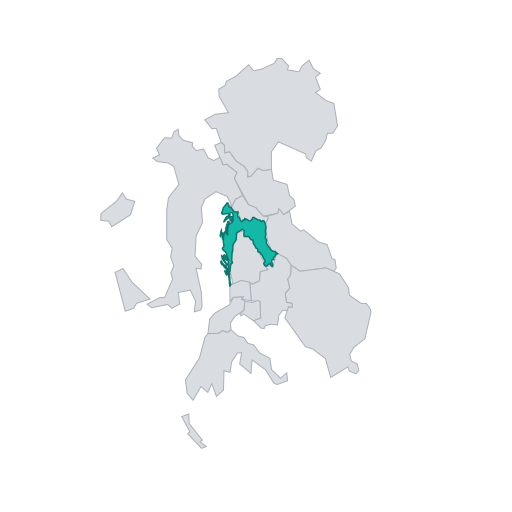 map of Croatia with Austria, Hungary, Romania and 9 others greyed out, rotated 51°
{"feature_id": "HRV", "entity_name": "Croatia", "entity_type": "country or territory", "adm_level": 0, "iso_a3": "HRV", "parent_name": "Europe", "parent_adm1": "", "projection": "robinson", "projection_center": [16.337, 44.484], "detail": "fine", "context": "with_neighbors", "style": "filled", "palette": "teal", "viewbox_px": 512, "rotation_deg": 51, "n_neighbors": 12, "source": "natural_earth", "source_scale": "50m", "svg_char_len": 9720}
<svg xmlns="http://www.w3.org/2000/svg" viewBox="0 0 512 512"><g transform="rotate(51 256 256)"><path d="M242.0,194.1L241.3,208.5L233.9,208.5L236.5,212.1L229.6,225.4L218.1,225.8L211.5,229.5L181.9,224.0L179.1,218.3L166.0,221.2L164.4,224.3L144.0,218.5L145.8,211.6L149.7,210.7L156.2,215.3L158.2,210.9L169.7,211.6L179.1,208.7L185.4,209.2L189.4,212.6L190.7,209.8L189.0,199.1L193.7,197.0L198.4,189.5L208.0,194.8L219.9,186.8L229.9,191.8L236.0,191.0L242.0,194.1Z" fill="#d9dde1" stroke="#a8b0b8" stroke-width="1"/><path d="M308.6,196.9L316.0,201.4L317.0,205.8L309.2,209.2L295.6,231.4L285.1,234.5L276.9,233.8L261.9,240.5L251.0,237.4L236.9,228.3L234.3,222.8L232.1,222.6L236.5,212.1L233.9,208.5L241.3,208.5L242.3,201.8L253.7,207.8L264.7,205.8L265.7,202.5L284.6,198.5L291.8,193.6L305.9,198.6L308.6,196.9Z" fill="#d9dde1" stroke="#a8b0b8" stroke-width="1"/><path d="M391.4,245.0L397.5,248.0L403.6,245.3L409.8,248.2L410.4,252.4L404.2,255.9L400.0,254.4L397.4,274.4L379.4,266.6L363.9,270.5L357.4,274.7L322.3,272.5L315.7,262.8L318.7,260.0L315.4,257.9L311.3,261.6L303.4,256.8L302.2,250.0L294.0,246.1L292.4,240.9L285.1,234.5L295.6,231.4L309.2,209.2L322.5,202.3L339.0,204.1L345.2,208.1L359.1,204.1L362.2,200.2L367.7,200.2L371.8,201.8L388.7,223.3L388.6,237.5L391.4,245.0Z" fill="#d9dde1" stroke="#a8b0b8" stroke-width="1"/><path d="M206.2,110.8L209.0,119.0L205.5,123.3L210.0,129.0L213.0,137.6L211.9,143.1L217.1,153.3L211.4,155.0L208.0,153.2L181.3,166.8L184.7,178.5L198.4,189.5L193.7,197.0L189.0,199.1L190.7,209.8L189.4,212.6L185.4,209.2L179.1,208.7L169.7,211.6L158.2,210.9L156.2,215.3L149.7,210.7L145.8,211.6L132.0,206.6L129.1,210.2L118.0,210.1L120.2,198.4L127.3,187.2L108.8,184.2L102.9,179.9L104.0,172.7L101.6,169.0L103.7,158.2L102.7,141.4L110.3,141.4L113.8,135.3L117.8,120.6L115.8,115.2L118.4,111.8L128.9,111.0L131.1,114.5L139.9,106.6L137.3,100.6L137.2,91.5L146.5,93.6L154.5,91.1L154.5,97.3L166.9,101.1L166.6,106.8L179.3,103.8L186.4,99.4L206.2,110.8Z" fill="#d9dde1" stroke="#a8b0b8" stroke-width="1"/><path d="M372.8,414.5L371.2,419.4L351.1,420.9L351.2,418.1L334.1,414.8L336.5,407.7L344.2,413.4L365.5,413.6L365.2,416.5L372.8,414.5ZM323.6,313.7L333.6,314.2L344.3,309.6L354.1,315.4L366.4,313.9L366.1,305.6L372.9,310.0L369.2,320.4L366.1,322.2L350.6,320.2L334.3,324.5L344.1,333.8L329.6,336.6L322.1,328.0L319.7,331.6L323.0,341.6L330.0,349.4L325.0,353.1L339.8,365.7L340.2,375.1L327.4,370.7L331.7,379.2L322.9,381.0L328.5,395.7L319.3,395.9L307.8,388.7L299.7,364.2L287.1,346.9L286.1,342.2L292.3,334.1L293.0,328.7L297.4,326.3L297.6,321.9L306.4,320.5L311.5,316.8L318.9,317.2L323.6,313.7Z" fill="#d9dde1" stroke="#a8b0b8" stroke-width="1"/><path d="M297.6,321.9L297.4,326.3L293.0,328.7L292.3,334.1L286.1,342.2L275.8,331.7L274.5,323.8L277.2,307.4L273.9,299.5L279.7,291.3L280.6,294.4L284.2,293.0L290.4,299.1L289.8,310.8L291.9,317.9L297.6,321.9Z" fill="#d9dde1" stroke="#a8b0b8" stroke-width="1"/><path d="M156.5,222.0L164.4,224.3L166.0,221.2L179.1,218.3L181.9,224.0L200.6,228.3L199.1,236.3L202.2,243.3L191.7,240.9L180.8,246.7L179.6,259.6L183.9,268.0L196.3,276.4L202.9,290.1L217.8,303.5L228.4,303.4L231.6,307.0L227.8,310.3L250.0,321.4L261.7,330.0L263.1,333.1L260.6,339.1L253.0,331.3L241.2,328.6L235.4,339.3L245.3,345.5L243.7,354.3L238.0,355.2L230.6,369.6L224.9,370.9L227.8,356.8L230.8,353.2L221.3,335.1L215.6,333.0L211.7,325.9L202.9,322.9L197.1,316.2L187.1,315.1L164.5,296.8L155.6,287.3L151.9,270.9L134.6,263.5L128.4,265.7L120.4,273.4L114.8,274.6L116.6,267.4L109.5,265.3L106.6,252.5L111.4,247.5L107.8,241.4L108.6,236.7L114.1,240.2L120.5,239.5L128.2,233.9L130.3,236.5L136.6,236.0L139.7,229.4L149.4,231.4L155.3,228.7L156.5,222.0ZM198.1,368.8L222.7,365.5L217.6,378.6L219.7,383.8L216.7,392.4L180.0,375.8L182.0,367.2L198.1,368.8ZM130.2,321.0L137.2,315.8L145.0,327.6L142.5,349.7L136.3,348.6L130.5,354.2L125.5,349.8L125.6,329.6L122.8,320.1L130.2,321.0Z" fill="#d9dde1" stroke="#a8b0b8" stroke-width="1"/><path d="M200.6,228.3L211.5,229.5L218.1,225.8L229.6,225.4L232.1,222.6L234.3,222.8L236.9,228.3L226.4,232.7L225.1,239.3L220.5,241.0L220.5,245.6L210.9,242.6L208.4,245.3L199.2,244.8L202.2,243.3L199.1,236.3L200.6,228.3Z" fill="#d9dde1" stroke="#a8b0b8" stroke-width="1"/><path d="M263.8,291.9L251.9,285.7L235.5,268.9L226.1,256.0L228.9,249.1L233.7,252.9L236.5,249.5L242.7,249.1L274.2,255.2L271.0,262.5L277.5,268.9L275.6,276.7L265.7,282.8L263.8,291.9Z" fill="#d9dde1" stroke="#a8b0b8" stroke-width="1"/><path d="M266.8,238.1L276.9,233.8L285.1,234.5L292.4,240.9L294.0,246.1L302.2,250.0L303.4,256.8L311.3,261.6L315.4,257.9L318.7,260.0L315.7,262.8L318.2,265.7L315.0,269.4L316.4,275.5L323.1,282.6L318.1,287.8L316.0,293.1L317.5,295.1L315.4,297.4L304.6,298.7L307.1,291.4L294.0,281.6L286.6,289.2L287.7,287.8L272.5,277.4L275.6,276.7L277.5,268.9L271.0,262.5L274.2,255.2L269.4,255.3L274.4,249.1L266.8,238.1Z" fill="#d9dde1" stroke="#a8b0b8" stroke-width="1"/><path d="M287.7,287.8L280.6,294.4L279.7,291.3L273.9,299.5L274.9,304.8L262.4,294.8L265.7,282.8L272.5,277.4L287.7,287.8Z" fill="#d9dde1" stroke="#a8b0b8" stroke-width="1"/><path d="M291.4,305.1L290.4,299.1L284.2,293.0L289.8,288.1L291.6,282.5L294.0,281.6L307.1,291.4L304.6,298.7L293.7,301.9L293.1,305.3L291.4,305.1Z" fill="#d9dde1" stroke="#a8b0b8" stroke-width="1"/><path d="M197.4,244.5L197.9,245.2L201.3,245.9L202.1,245.6L202.6,245.1L202.6,244.7L202.9,244.6L204.1,245.1L205.1,245.0L206.7,245.0L207.9,245.1L208.6,244.7L209.7,243.2L210.1,242.4L210.5,242.2L210.8,242.3L211.0,243.0L211.6,243.6L212.7,244.6L213.5,245.1L214.2,245.3L214.9,244.9L215.6,244.8L217.7,245.6L219.4,245.7L220.7,245.3L220.5,244.7L220.1,244.1L220.0,243.5L220.1,242.9L220.9,242.4L220.9,242.2L219.8,241.2L222.2,239.9L224.5,239.3L224.9,238.8L225.1,238.2L225.2,236.9L225.1,235.8L224.1,234.8L224.1,234.3L224.3,233.8L224.7,233.3L225.6,233.1L226.6,232.8L227.5,232.4L228.6,232.0L229.5,231.6L230.3,230.5L230.9,230.3L232.5,230.5L232.8,230.2L232.6,228.7L232.9,228.3L233.4,228.1L233.7,227.8L235.1,228.0L236.3,228.4L237.0,228.6L239.3,229.8L240.9,231.0L241.8,232.4L243.1,233.5L244.6,234.3L245.8,235.3L246.8,236.7L248.0,237.4L249.6,237.5L250.7,238.0L251.1,238.7L252.0,239.4L253.3,240.0L255.4,240.3L259.4,240.4L259.7,240.4L260.6,240.6L261.7,240.4L262.9,239.9L263.3,239.6L264.7,238.1L265.4,238.2L266.9,238.0L267.7,237.7L267.8,237.7L267.8,238.1L267.7,238.8L267.0,239.3L267.7,240.4L268.4,242.2L268.1,243.1L268.5,243.8L269.9,244.3L270.0,244.5L269.6,244.7L269.3,245.3L269.2,246.4L270.4,247.4L272.8,248.4L273.6,248.6L273.9,248.9L274.3,249.2L274.5,249.5L274.6,249.9L274.4,250.1L273.3,250.2L272.0,250.2L271.0,249.7L271.0,250.1L271.0,250.5L270.1,250.7L270.6,253.4L270.4,254.2L270.1,254.4L269.8,254.3L269.4,254.3L269.2,254.6L269.4,255.1L268.5,255.2L267.1,254.9L266.5,254.4L266.4,253.8L266.3,253.3L265.9,252.5L264.8,251.7L262.5,251.6L261.6,251.3L260.7,251.0L259.8,250.8L258.9,250.8L257.8,251.0L255.9,250.6L255.3,251.1L254.3,251.7L253.5,251.7L251.9,250.4L251.4,250.3L250.0,251.0L249.4,251.0L248.9,250.8L247.0,250.3L246.1,250.2L245.5,250.4L244.4,250.1L241.6,248.4L239.9,249.7L236.5,249.4L235.4,250.3L234.3,252.0L233.3,252.8L232.5,252.5L231.5,251.8L229.8,249.9L228.9,249.5L227.9,249.4L227.1,249.6L226.6,250.0L226.3,252.8L225.9,255.3L225.9,256.8L227.8,258.2L230.1,260.6L230.8,260.9L231.1,261.7L231.7,263.7L232.3,266.0L233.4,267.5L234.4,268.6L235.7,269.5L237.3,271.0L238.6,272.6L238.9,273.2L241.5,275.4L243.9,277.6L246.1,278.3L246.5,278.7L246.5,280.4L246.7,281.1L248.2,282.8L251.2,285.4L251.5,286.0L251.6,286.5L251.5,286.8L250.7,287.2L250.0,286.8L247.2,284.2L244.5,282.6L241.5,279.6L237.4,278.4L234.7,277.1L233.0,277.3L231.1,277.7L230.0,277.8L229.2,277.5L228.6,276.7L228.7,276.1L228.6,275.2L227.0,273.9L224.8,272.7L222.7,271.1L218.5,266.7L217.7,265.3L218.5,265.0L219.2,265.0L219.9,264.8L221.0,264.8L222.4,265.0L221.2,264.1L219.7,263.2L215.9,259.5L214.7,257.8L214.6,256.0L214.9,253.4L214.2,251.6L211.3,249.3L210.2,248.1L208.0,247.4L207.1,247.4L206.5,248.3L206.0,250.3L204.1,253.0L203.4,254.2L202.4,255.7L201.5,255.8L201.0,255.7L199.4,253.1L198.0,251.2L197.8,250.3L197.6,249.2L196.6,245.1L197.4,244.5ZM262.2,293.4L262.2,294.1L262.7,294.7L263.3,295.5L260.8,294.0L258.4,292.2L253.9,289.5L250.7,288.8L246.3,286.7L243.4,285.9L244.5,285.7L245.8,285.7L252.5,288.6L251.8,287.8L252.8,287.5L253.6,287.8L254.1,288.7L255.2,289.3L256.9,290.4L257.9,291.3L260.4,292.8L261.0,293.0L262.2,293.4ZM209.3,258.6L209.2,259.2L208.4,258.4L208.0,257.0L207.0,254.6L206.9,253.9L207.4,253.3L207.4,252.6L206.7,250.6L207.3,250.3L207.6,250.2L207.8,251.6L208.1,252.4L209.1,253.5L208.9,255.1L209.0,257.5L209.2,258.0L209.3,258.6ZM213.6,253.3L212.0,253.7L211.2,253.1L211.0,252.5L209.7,252.4L208.9,251.7L208.7,251.3L209.9,250.6L210.5,249.3L211.3,250.0L212.2,251.5L212.7,251.9L213.6,253.3ZM239.9,281.6L237.8,281.7L236.0,281.4L235.1,280.9L235.1,280.4L235.4,279.7L237.4,279.8L240.6,280.3L241.3,280.9L241.1,281.2L239.9,281.6ZM245.4,284.1L244.5,284.2L238.5,284.1L236.8,283.8L234.8,282.9L234.4,282.6L236.4,282.3L238.2,282.6L238.7,283.2L243.6,283.8L245.4,284.1ZM218.6,264.0L218.2,264.4L217.4,263.6L216.6,263.0L216.0,262.3L214.9,261.5L214.6,260.5L212.9,258.5L212.7,258.0L213.5,258.8L214.2,259.3L214.7,259.4L216.2,260.7L217.6,262.3L219.3,263.7L218.9,263.8L218.6,264.0ZM238.1,286.2L240.6,286.7L242.4,286.4L244.1,286.7L245.1,287.3L245.3,287.5L244.0,287.5L242.5,287.3L240.8,287.9L239.3,287.6L238.7,287.2L238.3,286.8L238.1,286.2ZM218.6,270.8L218.7,271.1L218.0,271.0L217.8,271.1L214.6,267.5L214.3,266.8L215.4,267.6L218.6,270.8ZM213.9,257.0L214.2,257.7L213.0,257.0L211.8,256.8L211.6,256.3L211.8,255.9L212.0,255.5L212.9,255.5L213.0,255.9L213.9,257.0ZM251.0,290.0L252.8,291.1L247.4,289.6L248.1,289.5L248.6,289.4L251.0,290.0ZM221.0,270.0L221.9,271.2L221.0,271.0L220.2,270.2L219.7,269.4L221.0,270.0ZM219.1,268.5L219.3,269.1L217.7,268.0L217.1,267.3L216.9,266.9L219.1,268.5Z" fill="#14b8a6" stroke="#0f766e" stroke-width="1.5"/></g></svg>